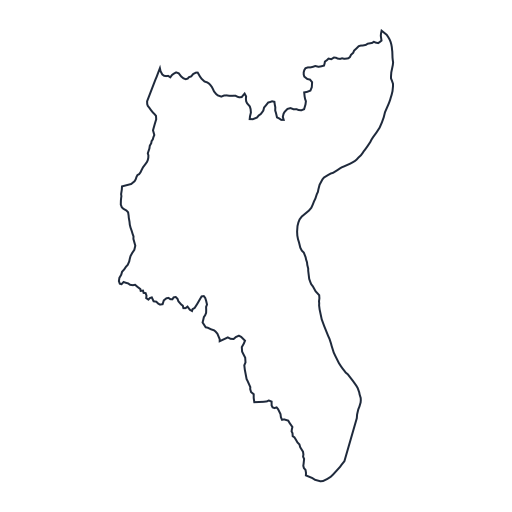 outline of Brejinho de Nazaré, Tocantins, Brazil
{"feature_id": "56859067B48174787205843", "entity_name": "Brejinho de Nazaré", "entity_type": "district", "adm_level": 2, "iso_a3": "BRA", "parent_name": "Brazil", "parent_adm1": "Tocantins", "projection": "natural_earth1", "projection_center": [-48.621, -11.067], "detail": "fine", "context": "isolated", "style": "outline", "palette": "slate", "viewbox_px": 512, "rotation_deg": 0, "n_neighbors": 0, "source": "geoboundaries", "source_scale": "gbopen_adm2", "svg_char_len": 5560}
<svg xmlns="http://www.w3.org/2000/svg" viewBox="0 0 512 512"><path d="M305.9,475.4L312.2,478.0L315.0,479.8L320.5,481.3L323.1,481.0L327.2,479.0L330.7,476.8L333.1,474.5L340.1,466.8L341.5,464.8L344.4,461.2L356.8,418.2L357.1,414.4L358.3,409.3L359.4,406.6L360.6,402.5L360.8,400.3L360.7,398.0L359.6,394.4L359.2,392.3L357.7,388.1L356.5,386.0L353.2,381.3L349.5,376.5L347.8,374.3L345.7,372.6L344.2,370.6L342.6,368.6L340.9,366.2L338.9,363.1L335.2,355.7L333.7,352.5L331.6,345.8L331.0,343.5L329.5,338.9L328.1,335.8L324.2,326.1L321.7,319.3L319.6,309.4L319.1,305.4L319.2,303.3L319.0,301.3L319.4,298.3L319.2,295.2L315.6,291.3L312.9,286.4L311.2,284.2L310.3,282.0L309.2,278.9L308.2,270.7L308.2,268.6L307.3,265.0L307.0,262.3L306.1,259.6L305.6,257.2L303.8,252.6L301.8,250.6L300.3,247.7L299.0,242.4L298.0,239.2L297.3,235.5L297.1,231.5L297.5,226.0L298.4,222.4L299.6,219.4L301.8,216.5L308.9,210.6L311.3,207.8L312.8,204.5L314.0,201.4L315.4,198.5L316.8,194.2L317.9,191.9L318.4,189.3L319.6,184.7L322.5,179.3L324.0,177.5L328.1,175.0L330.8,173.5L333.1,172.8L337.3,170.2L340.4,168.1L342.0,167.2L343.8,166.5L350.1,163.7L352.5,162.4L354.9,161.0L356.6,159.6L358.5,157.5L360.9,155.3L362.7,152.9L363.7,151.3L365.0,149.7L367.5,146.2L370.3,142.0L371.5,139.6L373.1,137.1L376.4,132.6L379.6,127.7L381.9,122.4L383.7,117.4L384.4,114.6L385.0,112.2L386.3,109.2L387.3,106.9L388.4,104.4L389.2,102.4L390.1,99.9L390.9,97.1L391.6,94.9L392.5,91.2L393.0,86.3L393.0,83.8L391.9,80.6L391.0,78.4L391.0,76.3L391.3,72.3L392.8,65.1L393.1,62.4L392.7,59.6L392.5,57.5L392.3,51.7L392.0,49.2L391.8,47.0L391.3,44.4L390.6,41.9L389.6,39.5L388.3,37.2L386.7,34.8L381.6,30.7L381.0,33.6L380.8,35.8L381.5,40.6L379.9,41.9L378.2,43.1L375.7,42.6L373.8,41.8L372.2,42.9L370.0,43.3L367.7,43.7L365.8,44.9L362.8,45.5L360.6,45.6L358.7,46.2L356.5,48.4L354.1,50.6L353.2,52.8L351.0,54.8L349.9,57.1L348.3,58.3L346.4,58.6L344.2,58.8L342.1,58.3L340.1,58.9L337.7,58.6L336.1,57.8L334.0,57.5L331.3,59.2L328.5,58.6L327.0,60.1L324.9,61.6L324.6,63.5L324.0,65.6L320.9,66.4L318.5,66.8L315.3,66.0L313.0,66.8L310.5,67.4L307.9,67.4L305.5,68.2L304.3,70.1L303.7,72.3L303.7,74.5L304.3,76.6L307.3,79.0L310.0,79.6L312.1,82.2L311.8,87.2L310.4,90.6L307.0,91.9L304.2,92.4L304.6,96.4L305.1,99.0L305.9,101.2L305.5,104.4L304.1,109.2L301.3,110.3L298.5,110.0L296.5,109.2L293.7,109.3L290.5,108.1L287.5,108.9L286.1,110.3L284.6,111.9L283.6,113.6L282.8,116.9L283.7,119.9L281.3,119.9L279.1,118.4L277.0,117.4L276.0,113.1L275.2,110.5L275.3,107.3L274.8,104.7L274.4,101.8L272.1,101.3L269.9,102.1L268.2,102.5L265.9,105.4L264.1,107.5L263.3,110.6L262.1,112.3L260.7,114.1L258.8,115.4L256.9,117.6L252.8,119.2L249.7,119.1L250.0,116.3L250.9,112.6L250.6,109.1L249.8,106.4L247.1,103.3L246.2,101.4L245.9,99.1L246.1,96.4L244.6,93.6L242.9,95.6L241.7,97.1L239.3,97.3L237.6,96.8L235.4,95.7L232.1,95.8L229.3,95.8L226.7,95.4L224.1,95.5L221.3,96.6L217.8,95.4L216.1,94.0L214.0,91.4L213.0,89.2L211.8,86.9L210.2,84.8L208.9,83.5L207.2,82.4L204.5,81.5L201.6,78.8L200.0,76.6L197.7,72.6L196.0,72.6L193.2,74.0L191.2,76.4L188.9,77.2L187.7,78.6L185.7,79.2L183.4,78.3L181.2,76.5L178.7,73.3L176.1,72.4L173.6,73.8L171.9,75.1L170.3,77.3L168.2,75.9L166.1,76.1L164.1,75.8L162.3,74.5L160.5,71.1L159.9,68.2L157.8,73.7L156.6,76.9L155.4,79.7L147.1,101.3L147.2,104.1L147.8,105.9L149.2,107.6L150.8,109.9L152.8,112.4L154.7,114.3L156.0,115.9L156.2,119.3L154.8,123.9L153.0,130.3L153.7,132.8L154.3,135.0L153.4,137.2L152.8,139.4L151.6,141.1L151.2,143.3L149.8,145.7L149.4,148.5L147.8,153.3L148.4,155.4L148.3,157.8L147.8,160.0L147.0,161.9L145.5,164.0L143.0,167.3L141.5,170.2L140.5,172.3L139.1,174.2L137.5,175.0L136.5,176.9L135.7,179.3L134.6,181.2L131.2,184.0L122.0,186.4L121.8,189.7L121.1,194.1L121.4,196.2L121.1,198.3L120.9,200.6L120.8,204.6L121.8,207.3L123.4,208.8L126.4,210.5L128.1,212.3L128.6,215.5L128.8,217.8L129.5,221.8L129.8,224.7L130.5,227.5L131.7,230.9L132.6,233.9L133.5,236.4L133.4,238.9L135.3,245.7L134.3,249.9L132.3,252.8L130.5,256.1L129.8,258.7L129.2,261.5L127.7,264.9L126.0,266.7L124.2,269.4L122.1,271.7L121.2,274.8L119.4,277.8L118.9,281.1L119.8,283.7L121.5,284.2L123.6,282.0L125.9,282.8L128.1,283.4L130.1,284.8L132.9,285.2L135.1,284.8L137.5,286.9L140.3,289.0L140.7,290.9L143.0,290.6L143.6,292.9L145.6,293.1L146.5,295.7L146.2,298.1L148.4,299.6L149.8,298.1L151.8,297.4L153.6,301.3L156.3,301.7L158.2,303.6L160.0,304.6L162.6,304.2L163.8,300.4L166.4,298.3L168.5,297.9L170.3,299.2L172.4,299.3L173.6,297.4L175.7,297.0L177.5,298.8L178.4,301.3L181.2,304.5L182.8,305.7L183.4,308.1L185.6,308.1L187.5,306.6L189.9,309.8L192.0,311.0L192.6,309.1L194.6,308.0L195.9,306.0L197.3,303.8L200.0,299.1L201.6,296.4L203.8,296.1L205.2,297.9L206.1,300.7L207.0,304.5L206.1,306.9L206.2,310.4L206.1,312.9L205.1,315.3L203.9,317.0L203.3,319.6L202.6,322.5L204.6,325.6L205.7,327.3L207.7,327.7L211.0,329.3L214.0,330.3L215.5,331.5L217.4,333.7L219.7,339.2L219.7,341.2L225.1,338.7L227.8,337.4L230.5,338.8L233.6,339.0L235.9,337.0L238.9,335.7L241.2,336.9L245.0,340.7L243.8,343.6L241.8,347.1L242.1,351.6L243.5,354.4L245.2,357.7L245.5,362.4L244.3,365.3L244.8,369.6L246.6,379.1L247.5,380.8L250.3,387.1L250.2,389.1L251.1,392.1L253.7,394.2L253.7,398.0L254.3,402.2L263.5,401.8L266.9,401.4L268.8,400.5L271.6,401.6L271.6,405.4L272.6,407.4L274.5,408.1L276.6,407.4L278.1,409.2L280.5,414.1L280.9,417.2L282.0,419.8L284.1,419.4L288.2,420.6L289.6,423.0L292.4,427.0L291.9,429.1L291.6,431.4L292.5,433.2L292.7,436.2L294.4,437.3L295.9,439.7L297.5,442.5L299.4,444.4L300.2,447.2L301.6,449.5L303.0,451.7L303.4,454.4L303.1,456.7L304.1,458.9L303.6,463.7L303.3,465.8L303.9,468.1L305.5,469.9L306.0,472.9L305.9,475.4Z" fill="none" stroke="#1e293b" stroke-width="2"/></svg>